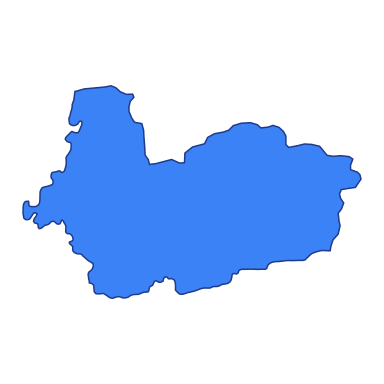 outline of Rasony, Vitebsk, Belarus
{"feature_id": "67162791B65560195088656", "entity_name": "Rasony", "entity_type": "district", "adm_level": 2, "iso_a3": "BLR", "parent_name": "Belarus", "parent_adm1": "Vitebsk", "projection": "orthographic", "projection_center": [28.698, 55.907], "detail": "fine", "context": "isolated", "style": "filled", "palette": "blue", "viewbox_px": 384, "rotation_deg": 0, "n_neighbors": 0, "source": "geoboundaries", "source_scale": "gbopen_adm2", "svg_char_len": 5104}
<svg xmlns="http://www.w3.org/2000/svg" viewBox="0 0 384 384"><path d="M330.1,250.8L331.0,245.9L333.0,239.9L338.1,234.2L340.1,225.7L339.0,221.0L338.2,213.3L341.5,208.9L343.7,203.0L340.6,198.4L339.5,194.0L341.3,189.6L347.7,188.5L355.4,187.4L361.0,179.1L359.9,174.7L357.5,172.2L350.6,169.7L350.5,165.3L352.8,159.1L349.1,156.6L340.7,155.7L333.2,156.3L327.0,155.3L323.3,150.7L319.6,146.3L311.6,144.4L304.4,144.0L297.6,145.7L288.8,147.4L285.9,144.6L285.9,136.1L283.4,131.4L279.0,127.4L273.0,125.4L268.2,127.1L260.9,127.9L257.3,124.7L250.5,122.7L241.3,123.2L233.3,125.6L228.9,130.1L223.3,132.1L214.5,133.7L207.7,137.4L204.5,143.8L192.5,147.0L184.9,153.1L184.5,162.7L179.7,163.1L171.6,159.5L164.0,161.5L156.0,163.6L149.5,164.4L148.3,159.6L145.1,155.1L144.7,147.1L143.9,136.4L143.6,130.2L141.8,123.6L134.6,122.3L131.8,118.2L129.0,111.5L129.0,106.4L130.3,101.3L133.9,97.2L132.6,94.1L126.5,94.4L120.3,91.8L115.9,87.8L111.1,85.8L104.7,87.0L96.3,87.8L84.3,88.9L75.9,91.3L75.0,91.4L73.8,100.1L73.2,101.7L72.2,104.7L72.1,107.5L71.5,109.9L70.5,113.2L70.1,115.5L68.9,118.3L69.1,120.9L69.5,123.6L70.8,124.8L73.0,125.6L74.6,125.5L76.4,124.9L77.4,124.3L78.0,123.6L78.7,122.4L79.9,121.2L80.5,121.2L81.7,121.5L81.9,122.7L81.9,124.0L81.5,125.6L80.7,127.0L80.1,128.8L79.4,130.5L78.1,132.6L76.2,132.8L73.9,132.4L72.5,131.6L71.6,131.6L70.4,132.5L69.4,133.8L68.1,135.0L67.0,136.1L65.5,137.9L65.3,139.4L67.0,141.4L68.6,142.2L70.1,142.4L71.0,143.4L71.2,145.5L71.0,148.6L70.4,150.6L69.2,152.8L68.2,154.2L66.6,156.3L66.0,157.8L66.2,160.4L66.2,163.8L66.0,165.5L65.4,167.7L64.4,171.0L62.6,172.3L61.6,172.4L60.9,171.9L60.3,171.2L59.0,170.8L57.8,171.2L56.8,171.6L55.3,172.0L54.2,172.1L52.8,172.3L52.0,172.7L51.4,173.7L51.0,176.0L51.1,177.6L51.8,178.9L52.8,179.9L53.1,181.6L53.0,183.1L52.4,184.5L50.4,185.3L47.8,186.2L45.5,186.7L43.9,187.1L42.2,187.7L41.1,189.3L40.2,191.4L40.0,193.7L40.0,195.3L39.9,200.0L39.5,203.1L38.4,204.9L35.8,206.6L33.4,206.6L31.6,206.6L29.7,206.2L28.8,204.8L28.8,202.8L28.6,201.3L26.8,201.3L25.2,201.6L23.9,203.4L23.4,204.9L23.1,208.3L23.1,211.2L23.0,213.2L23.5,216.0L23.9,218.2L25.7,219.6L27.0,219.7L28.5,219.5L29.6,219.0L30.4,218.0L31.4,216.5L32.7,214.5L33.9,212.9L35.6,213.0L37.0,213.6L36.4,215.8L34.9,217.8L34.0,219.2L33.5,221.2L34.3,222.7L35.5,223.2L36.7,223.5L37.7,223.8L38.1,225.2L38.1,226.2L38.3,227.5L39.2,228.6L40.5,228.5L41.6,227.9L42.8,227.1L43.7,226.2L45.1,225.2L46.7,224.9L48.1,224.5L49.7,223.3L51.2,221.7L52.9,221.3L54.0,221.4L55.3,222.3L56.6,223.7L58.2,224.2L59.9,223.8L60.5,222.8L61.1,221.5L61.4,220.2L62.2,220.2L63.4,221.0L63.8,222.3L64.7,223.7L65.5,225.1L65.9,226.1L65.9,227.3L65.8,228.9L65.7,230.4L65.7,231.6L66.3,233.0L67.7,233.7L69.0,233.7L69.6,233.7L70.6,234.3L71.6,235.4L72.2,236.0L72.6,237.1L73.0,238.5L73.1,239.5L72.9,240.1L72.2,240.9L71.2,241.4L70.2,241.6L69.3,242.2L69.4,243.2L70.0,244.1L71.2,245.0L72.6,246.5L72.8,247.4L72.7,248.6L72.7,249.8L73.0,251.0L73.7,252.0L75.0,252.9L77.4,253.8L78.7,253.9L80.5,253.9L81.9,254.7L83.0,256.1L84.5,257.2L85.7,258.5L87.1,259.6L88.6,260.9L90.3,261.7L91.7,262.8L92.9,263.4L93.3,265.2L93.1,266.8L92.4,268.5L91.8,269.6L90.5,270.9L89.1,271.8L88.4,273.1L88.1,274.6L88.5,277.4L88.7,279.2L89.2,280.6L89.3,282.9L90.0,282.9L92.0,283.7L93.3,284.6L93.8,286.2L93.9,288.1L94.1,289.9L94.2,291.6L95.2,293.1L96.0,293.7L99.0,293.9L100.5,293.8L102.3,293.5L103.7,293.6L104.9,294.3L106.4,295.3L107.5,296.0L108.2,296.6L109.7,297.6L111.8,298.2L112.8,298.2L114.1,297.8L115.4,297.2L116.9,296.9L118.1,296.6L120.2,296.9L121.6,297.4L122.9,297.9L124.5,297.9L125.8,297.8L128.1,297.2L129.8,296.0L130.7,295.5L131.9,294.9L134.3,294.5L136.5,294.4L137.8,294.4L139.2,294.1L140.5,293.5L141.9,292.9L143.0,292.5L144.1,292.2L145.8,292.1L147.6,292.0L148.2,291.8L148.8,290.8L149.1,288.9L149.4,287.5L149.8,286.8L150.6,286.2L151.8,285.8L152.7,285.1L153.2,284.1L153.7,282.8L154.3,281.6L155.4,281.0L156.7,281.0L157.8,281.7L158.6,282.1L159.7,282.4L160.8,282.2L163.0,281.2L163.6,279.0L164.1,277.6L164.8,277.2L166.6,276.9L167.4,277.6L168.4,278.7L169.3,278.9L170.5,278.7L171.6,278.6L173.9,279.7L174.8,280.9L175.1,282.3L175.4,284.1L175.5,286.0L175.5,288.3L175.4,289.9L176.1,290.8L176.6,291.4L178.2,292.9L179.2,293.8L180.0,294.1L181.6,294.3L183.0,294.2L184.5,293.7L186.5,293.1L187.6,292.6L189.4,292.3L192.7,291.5L194.9,290.9L197.5,290.0L199.7,289.1L201.2,288.6L203.5,288.1L205.2,288.0L208.1,288.1L209.9,288.0L211.1,287.6L212.2,287.0L213.7,286.5L216.1,286.5L217.7,286.4L219.5,285.8L220.6,285.1L221.9,284.5L223.9,284.1L225.9,283.9L227.0,283.6L228.3,283.1L229.8,282.0L230.9,280.5L231.7,277.8L231.9,276.1L232.2,274.7L232.9,273.8L234.1,273.4L235.1,273.7L236.4,274.0L237.7,273.4L238.4,272.3L238.6,271.2L239.3,270.3L240.4,269.7L241.6,269.3L244.2,269.3L248.4,269.2L253.6,269.2L258.1,269.4L262.7,269.2L265.1,269.3L266.6,268.6L267.2,267.1L268.1,264.8L269.4,263.7L271.2,262.6L273.3,261.9L275.9,261.6L279.2,261.5L285.6,260.7L288.2,260.5L293.0,260.6L298.6,260.4L302.6,260.4L304.0,260.2L305.3,259.7L306.2,258.7L307.1,257.8L308.2,256.8L309.0,256.0L310.2,254.9L312.0,253.4L313.5,252.9L314.9,252.3L316.1,251.9L319.7,250.9L321.8,250.5L324.6,250.6L330.1,250.8Z" fill="#3b82f6" stroke="#1e3a8a" stroke-width="1.5"/></svg>